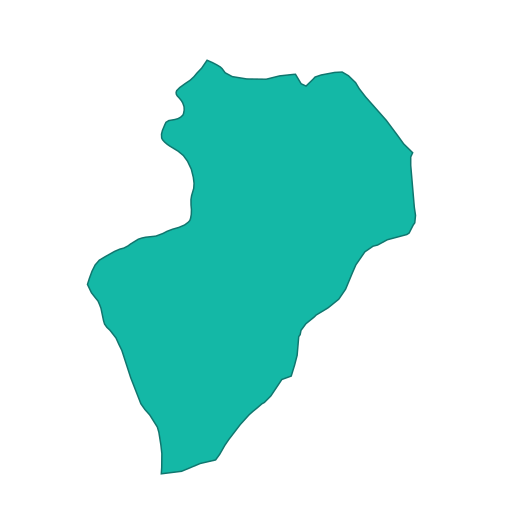 outline of Zunil, Quezaltenango, Guatemala, rotated 351°
{"feature_id": "79465075B54074459386490", "entity_name": "Zunil", "entity_type": "district", "adm_level": 2, "iso_a3": "GTM", "parent_name": "Guatemala", "parent_adm1": "Quezaltenango", "projection": "mercator", "projection_center": [-91.503, 14.742], "detail": "fine", "context": "isolated", "style": "filled", "palette": "teal", "viewbox_px": 512, "rotation_deg": 351, "n_neighbors": 0, "source": "geoboundaries", "source_scale": "gbopen_adm2", "svg_char_len": 2008}
<svg xmlns="http://www.w3.org/2000/svg" viewBox="0 0 512 512"><g transform="rotate(351 256 256)"><path d="M238.3,55.0L231.8,61.9L226.3,66.1L222.8,69.2L218.5,72.1L213.3,74.5L207.0,77.7L203.5,80.3L202.7,81.9L202.6,83.7L203.2,85.4L205.2,88.4L206.7,91.1L207.6,93.4L208.3,97.3L207.9,100.7L206.7,104.0L205.8,105.4L203.3,107.1L200.5,108.1L197.4,108.5L191.0,108.6L188.0,109.9L186.4,112.2L183.2,117.4L181.7,120.9L181.3,124.7L181.9,126.6L183.5,129.1L185.7,131.7L188.3,134.2L195.4,140.2L200.0,145.4L203.2,151.7L205.7,160.2L206.4,168.5L206.2,174.5L205.1,179.4L201.8,186.4L200.6,190.1L199.8,195.5L199.5,200.1L198.6,204.8L197.3,208.5L196.2,210.6L194.3,212.1L190.3,214.2L184.3,215.7L177.8,216.5L172.0,217.7L167.6,219.2L160.2,220.7L149.9,220.2L146.1,220.4L142.4,221.0L134.0,224.5L131.2,226.0L126.7,227.5L122.6,227.9L117.1,229.3L107.1,233.0L100.6,235.6L95.8,239.6L91.7,245.3L88.0,251.9L85.1,257.7L87.7,266.5L90.7,271.9L92.9,275.7L93.9,279.5L94.7,283.4L95.3,295.9L95.8,299.6L97.6,303.2L100.1,306.4L104.9,315.1L106.9,322.3L108.7,328.1L113.2,356.5L119.2,384.0L122.3,390.3L126.2,396.4L131.8,409.5L132.5,415.0L132.5,427.7L132.1,436.5L129.8,450.1L128.4,456.3L148.8,457.0L168.5,452.2L184.2,451.1L189.1,446.2L195.6,438.1L200.4,433.0L214.2,419.9L224.4,411.7L228.6,409.0L233.6,406.1L238.7,402.9L241.3,402.0L248.8,396.5L262.2,382.0L272.0,380.1L277.0,369.9L281.1,360.5L285.6,342.3L287.3,340.6L288.8,336.5L294.7,330.7L304.2,325.2L306.2,323.7L319.2,318.4L331.0,311.6L339.3,302.8L348.7,287.5L353.3,280.3L364.2,268.9L373.2,264.6L377.8,264.2L388.2,260.5L408.3,258.4L410.8,257.3L416.2,249.9L418.0,248.1L419.9,240.9L420.0,232.5L423.0,190.6L424.3,182.4L426.9,178.5L419.4,168.4L415.1,159.9L405.9,142.4L396.8,128.1L389.1,116.0L386.3,110.9L384.1,106.9L381.5,100.4L375.5,92.4L369.9,87.8L362.5,87.0L348.7,87.4L342.3,88.5L340.2,90.2L332.0,96.0L327.5,92.9L323.4,82.7L321.5,82.5L307.5,81.8L293.7,83.0L274.6,79.7L260.6,75.1L254.2,70.2L251.8,65.6L250.3,63.7L247.2,61.1L243.3,58.2L238.3,55.0Z" fill="#14b8a6" stroke="#0f766e" stroke-width="1.5"/></g></svg>